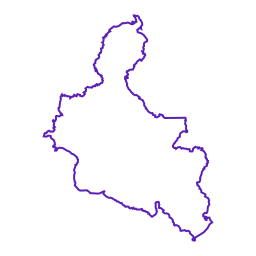 the district of Presidente Figueiredo, Amazonas, Brazil
{"feature_id": "56859067B39852544497118", "entity_name": "Presidente Figueiredo", "entity_type": "district", "adm_level": 2, "iso_a3": "BRA", "parent_name": "Brazil", "parent_adm1": "Amazonas", "projection": "albers", "projection_center": [-60.113, -1.221], "detail": "fine", "context": "isolated", "style": "outline", "palette": "violet", "viewbox_px": 256, "rotation_deg": 0, "n_neighbors": 0, "source": "geoboundaries", "source_scale": "gbopen_adm2", "svg_char_len": 5781}
<svg xmlns="http://www.w3.org/2000/svg" viewBox="0 0 256 256"><path d="M212.2,222.4L209.9,219.5L209.5,217.7L207.8,217.7L207.0,218.4L206.5,220.0L205.6,219.9L204.8,218.5L206.4,217.8L206.4,217.1L205.0,216.5L203.4,216.5L203.1,215.7L203.3,214.3L205.0,212.8L206.5,213.1L207.0,212.5L207.5,211.1L207.9,206.7L209.3,204.6L208.7,201.4L209.1,200.6L208.3,198.3L204.9,196.4L205.5,194.7L205.0,194.1L201.4,192.3L201.2,190.4L200.3,188.8L199.5,188.7L199.5,187.2L198.3,185.6L197.5,185.4L197.5,184.4L197.0,183.8L196.9,182.8L197.3,182.3L199.1,182.2L199.8,181.5L200.4,178.7L200.0,178.1L201.7,173.6L201.9,171.8L203.3,169.7L203.4,168.8L204.4,168.8L204.4,167.2L206.9,165.7L207.1,164.5L206.7,163.7L208.0,162.6L207.6,162.0L208.0,160.9L207.2,160.6L206.8,158.8L206.0,158.5L206.0,157.4L205.4,157.0L205.9,154.4L204.2,151.6L202.8,150.5L201.5,150.2L202.6,148.8L202.3,148.2L198.5,148.5L198.9,147.4L196.0,147.3L195.3,146.8L193.0,148.8L192.8,150.7L192.1,151.5L189.9,151.3L189.5,149.1L187.3,149.3L186.4,148.7L184.4,148.7L182.7,148.1L181.4,148.6L180.3,147.1L178.4,147.1L176.0,148.8L175.5,147.8L174.4,148.0L173.0,146.9L172.9,145.8L174.4,143.0L175.2,142.7L175.7,141.4L177.2,140.0L177.6,138.2L179.9,136.8L179.8,134.8L180.5,133.2L183.2,131.3L185.3,131.3L185.9,132.0L186.8,132.2L187.3,131.6L187.1,130.6L186.1,129.4L186.1,125.5L185.1,123.9L185.5,121.4L185.2,120.5L185.9,120.2L185.4,117.8L164.7,118.0L162.8,116.3L163.0,115.6L162.6,115.2L159.7,114.2L159.3,114.7L159.3,116.1L156.7,117.4L155.1,116.8L155.3,115.4L153.0,114.9L153.0,114.2L152.4,113.1L151.8,113.4L149.1,112.2L147.5,110.5L147.2,109.6L145.8,108.6L146.1,107.9L144.1,105.3L144.3,103.6L142.7,100.2L138.9,98.4L138.9,97.6L139.5,97.2L136.5,95.0L135.0,95.2L133.1,94.1L132.8,93.3L131.7,92.7L129.5,89.6L128.8,89.3L127.0,85.6L127.2,83.6L125.9,81.3L125.8,79.7L125.1,79.2L125.2,76.9L125.9,77.0L127.0,78.1L127.8,77.9L126.8,75.6L127.6,75.4L128.0,74.8L128.0,74.0L126.6,72.1L126.8,71.4L127.3,71.0L128.9,70.7L129.2,70.0L129.9,69.7L132.9,69.6L134.5,66.2L133.9,65.8L134.1,64.9L136.3,63.3L136.6,62.1L139.6,59.5L140.5,59.6L140.8,60.4L141.6,60.7L142.8,58.8L143.6,58.3L144.5,56.0L145.1,55.6L145.1,54.4L144.6,53.6L143.1,53.8L142.3,51.5L143.1,51.8L143.8,48.8L143.2,47.9L143.4,46.8L144.0,46.3L143.9,44.2L144.4,42.7L147.2,41.0L147.0,39.3L143.7,35.0L141.4,33.4L137.8,32.2L137.2,30.0L139.6,27.9L141.2,28.9L140.8,26.6L142.2,25.1L142.1,22.9L140.7,20.2L139.6,19.3L138.7,16.8L137.5,15.8L136.0,16.1L134.7,15.4L133.8,15.4L134.0,16.2L135.1,17.4L136.2,20.1L135.8,20.8L136.4,21.8L135.7,22.3L134.4,22.3L132.5,21.6L132.2,22.2L134.2,23.2L133.3,24.0L131.3,24.2L129.5,23.1L127.9,22.6L124.3,23.3L122.6,23.1L119.0,25.9L116.3,26.8L113.9,26.4L109.6,29.7L109.2,30.3L110.2,31.4L108.6,32.1L107.0,34.0L107.1,34.6L105.9,34.6L106.1,36.2L105.1,36.1L104.7,37.5L103.8,37.9L103.4,37.4L103.0,37.6L103.6,38.9L103.4,41.1L103.1,41.9L102.2,42.5L102.9,43.1L103.7,45.0L102.8,45.8L102.7,47.8L101.0,48.5L100.9,49.0L101.4,49.9L100.9,52.6L99.8,53.0L99.7,53.7L98.5,55.1L99.2,56.1L99.1,57.7L95.6,60.1L95.6,61.4L95.0,62.6L95.3,63.1L94.4,63.7L93.7,64.9L94.3,65.5L94.7,68.0L95.6,68.1L96.2,69.7L95.3,70.1L95.7,71.2L96.2,71.3L97.0,70.9L97.0,71.5L98.4,74.0L99.2,74.2L100.5,75.5L101.2,75.3L101.8,75.8L101.4,76.9L102.6,78.2L102.1,79.8L102.9,80.4L102.2,82.9L101.2,82.9L98.9,84.9L98.1,84.4L97.5,85.2L96.6,84.2L95.7,85.0L95.4,86.2L95.0,86.3L94.6,85.7L92.7,86.4L92.6,87.0L91.8,87.7L91.1,87.3L89.2,87.5L87.4,86.9L85.5,88.5L86.0,89.4L85.8,91.3L84.6,91.7L83.6,92.6L84.7,93.2L85.0,93.9L83.4,95.7L82.2,96.4L80.1,95.8L80.1,94.9L77.4,94.2L76.6,96.2L74.5,95.0L74.5,95.9L73.4,95.8L72.9,96.8L71.6,96.8L70.2,98.1L70.0,96.7L68.6,96.2L67.5,96.4L66.0,95.6L64.1,96.1L64.8,95.8L64.5,95.0L63.6,95.5L63.0,95.2L62.4,96.0L61.4,95.4L60.5,97.1L60.9,98.8L60.0,102.6L59.4,107.6L58.4,108.2L58.8,110.3L60.4,112.8L62.1,114.2L62.3,115.2L60.4,115.2L59.9,116.1L59.1,116.4L56.5,115.9L55.9,116.4L56.0,119.4L55.1,121.1L54.4,121.1L53.3,120.1L52.8,120.7L54.2,123.4L53.7,125.6L54.8,127.0L53.4,127.7L53.4,128.1L54.6,129.4L54.5,130.0L53.0,131.7L51.9,131.4L50.3,131.7L49.0,130.7L47.2,131.7L46.4,133.2L45.1,133.1L44.6,133.4L43.8,136.4L46.6,136.6L48.2,135.7L50.6,135.9L51.0,138.0L54.1,140.4L55.1,144.7L53.4,145.7L53.1,146.5L53.6,147.1L55.2,147.1L55.9,147.5L55.1,150.6L56.4,150.6L57.9,148.3L59.4,147.7L63.0,148.2L66.8,150.5L69.8,151.8L71.5,153.6L74.0,154.6L77.2,157.5L77.2,158.7L78.0,159.5L77.9,162.2L76.7,163.5L76.6,164.7L75.5,165.0L75.7,165.3L74.0,170.1L74.9,172.8L74.2,174.8L74.1,179.1L74.7,180.9L74.6,181.7L75.5,182.9L74.8,185.3L79.0,190.1L80.6,190.6L86.9,190.3L89.4,192.0L90.2,193.1L98.0,193.6L99.6,193.4L104.8,190.9L103.7,192.4L103.4,193.8L106.1,196.4L109.2,197.9L110.4,197.7L111.7,198.0L115.0,200.1L115.7,200.1L116.7,201.4L118.1,201.5L120.6,203.2L121.8,203.0L122.5,204.5L123.7,205.5L124.6,205.5L125.4,206.8L127.8,206.5L128.6,206.7L128.9,207.5L129.9,208.4L131.9,207.9L132.5,208.6L133.2,208.1L133.2,208.5L133.8,208.2L134.6,208.9L135.9,208.6L136.5,209.4L139.0,209.6L141.8,209.0L141.9,210.1L142.4,210.6L143.1,210.3L144.2,211.2L145.0,210.9L146.1,211.9L147.8,212.2L148.7,213.1L148.4,213.7L149.2,213.8L149.8,214.9L152.0,216.8L155.7,214.3L156.7,212.3L156.9,211.3L156.4,210.6L156.4,208.8L155.8,208.2L155.5,206.5L155.8,205.8L155.5,203.0L156.0,202.3L158.3,201.8L158.9,202.3L158.7,203.8L159.3,204.5L158.9,207.7L159.5,208.1L160.6,208.0L163.7,210.3L162.9,211.6L163.3,212.3L165.0,213.4L166.5,213.4L168.3,213.9L169.2,215.1L169.6,217.5L171.1,218.0L172.9,220.2L172.7,221.7L173.8,222.7L174.1,225.0L174.7,225.5L175.7,225.1L177.5,225.5L179.1,226.6L180.4,229.1L180.4,230.6L181.1,230.9L184.7,230.1L185.8,231.0L188.3,230.8L189.8,231.8L190.0,233.4L193.4,236.5L193.7,238.1L192.5,239.1L192.5,239.9L193.1,240.3L194.6,240.6L195.0,240.1L194.8,239.3L195.1,237.7L203.9,232.2L207.5,228.2L209.6,224.3L212.2,222.4ZM61.4,95.4L61.9,94.9L61.8,94.6L61.6,94.9L61.4,95.4Z" fill="none" stroke="#5b21b6" stroke-width="2"/></svg>